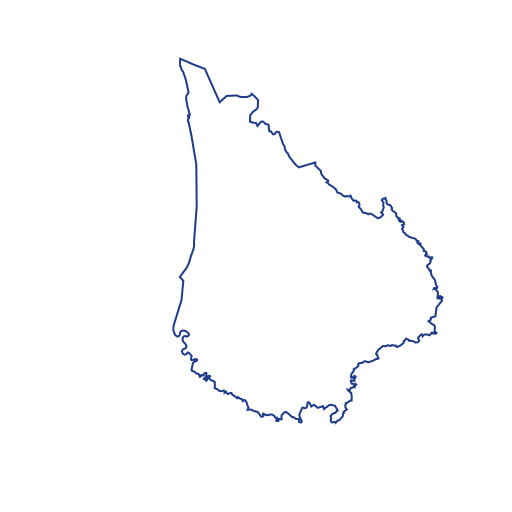 Dat Do, Bà Rịa - Vũng Tàu, Vietnam, rotated 131°
{"feature_id": "81297802B14105634475822", "entity_name": "Dat Do", "entity_type": "district", "adm_level": 2, "iso_a3": "VNM", "parent_name": "Vietnam", "parent_adm1": "Bà Rịa - Vũng Tàu", "projection": "orthographic", "projection_center": [107.299, 10.478], "detail": "fine", "context": "isolated", "style": "outline", "palette": "blue", "viewbox_px": 512, "rotation_deg": 131, "n_neighbors": 0, "source": "geoboundaries", "source_scale": "gbopen_adm2", "svg_char_len": 6044}
<svg xmlns="http://www.w3.org/2000/svg" viewBox="0 0 512 512"><g transform="rotate(131 256 256)"><path d="M127.4,196.4L130.1,198.0L131.5,197.5L131.8,195.0L134.7,192.9L135.3,191.6L138.7,190.1L140.2,189.8L141.0,190.1L141.2,187.4L141.6,187.2L145.1,187.4L147.6,188.7L148.4,195.4L149.1,197.7L149.6,198.2L150.9,198.6L151.4,201.2L152.8,202.8L152.9,204.9L151.8,207.5L151.6,210.7L149.8,211.2L148.3,212.9L148.4,214.7L149.3,215.1L148.6,216.3L148.7,217.3L150.1,218.2L150.3,218.7L149.4,222.7L148.4,224.2L150.2,225.0L151.6,227.3L152.5,227.5L153.3,229.6L153.3,233.1L154.7,236.2L153.3,239.4L153.3,242.9L154.1,247.9L153.6,249.9L154.1,250.9L152.0,250.7L151.7,251.1L152.4,255.7L151.8,257.1L151.5,259.8L150.6,261.4L149.3,262.8L148.8,270.6L146.5,272.6L160.9,281.7L161.2,285.3L159.4,295.5L157.6,299.5L157.6,301.2L156.9,303.4L154.5,306.4L153.6,309.4L147.4,319.8L148.4,321.6L149.4,322.2L151.9,321.9L153.0,322.9L152.1,326.6L153.1,327.5L152.2,329.1L149.5,331.6L148.7,332.9L150.1,335.4L149.9,338.5L150.5,339.7L151.4,340.3L156.9,340.2L155.6,343.2L157.8,346.5L158.5,348.7L153.6,352.7L149.3,352.9L144.9,351.9L142.7,352.1L137.0,356.7L136.4,361.9L136.4,365.7L138.4,365.3L142.2,367.3L146.1,372.0L147.6,376.0L154.4,383.1L163.8,384.3L148.3,417.4L152.4,428.5L156.9,442.7L162.5,437.8L162.8,436.2L164.3,434.4L164.7,432.0L169.0,424.6L176.7,414.3L180.9,413.5L182.5,412.6L188.1,405.9L192.7,398.7L193.9,398.2L193.9,399.4L194.6,399.6L195.3,399.0L195.8,397.0L196.7,397.3L199.0,395.8L199.1,394.8L207.6,383.6L226.1,361.1L257.7,333.1L285.8,312.2L289.1,309.2L292.5,307.4L298.7,305.1L305.0,302.1L309.9,300.7L321.8,299.7L322.4,294.6L338.0,283.4L362.8,272.4L366.2,269.8L368.6,265.5L368.5,262.8L368.0,262.0L366.1,261.6L362.8,263.4L360.9,262.9L359.4,261.2L358.7,259.3L358.7,255.8L359.5,254.8L360.8,254.7L361.9,255.1L363.2,257.3L363.9,257.7L365.6,257.8L367.6,256.2L368.3,254.8L368.9,250.5L369.8,249.1L371.9,248.6L374.7,250.0L376.7,249.3L377.7,247.1L377.4,245.4L376.3,244.3L373.5,244.2L373.1,243.2L373.6,239.1L376.6,237.3L376.9,236.5L376.0,235.4L373.6,234.2L372.8,232.6L373.8,231.9L376.6,233.3L378.3,233.3L384.3,229.9L384.6,229.3L383.8,226.7L383.7,224.0L382.6,221.7L384.0,219.1L383.2,218.7L381.7,219.2L381.3,218.9L381.0,217.6L380.6,217.4L378.1,217.9L377.1,217.4L377.1,216.2L378.6,215.4L380.8,214.5L382.3,214.9L383.0,214.7L382.4,213.5L382.9,211.8L381.8,211.6L379.9,213.2L378.6,213.4L377.4,213.0L376.7,212.0L377.0,211.5L378.8,212.2L379.5,211.8L379.1,208.4L378.0,204.7L381.2,201.7L382.7,200.8L382.8,200.2L381.9,198.1L382.0,195.8L381.6,194.8L380.7,193.3L378.6,192.1L378.8,190.7L379.8,190.0L378.1,189.6L378.7,188.4L378.5,186.5L376.7,185.9L375.5,184.5L376.3,182.8L375.8,180.8L375.7,176.9L375.2,176.5L374.4,176.9L374.2,174.7L373.3,172.7L374.2,170.8L372.3,170.5L372.1,170.1L372.4,167.5L374.8,163.8L375.1,162.5L377.6,161.4L375.2,159.2L374.3,155.8L372.6,152.5L373.8,146.7L373.5,146.1L372.3,145.4L371.2,145.7L371.0,147.0L370.2,147.2L369.4,144.0L368.2,142.4L366.3,141.4L365.1,139.7L364.7,137.2L365.4,135.7L364.4,134.2L365.5,133.2L367.1,132.6L366.0,130.9L365.1,131.3L365.0,132.6L364.4,132.8L362.7,129.7L362.2,129.6L360.3,131.7L359.3,132.1L355.1,132.0L354.0,131.0L353.7,127.8L353.9,123.0L352.9,121.8L352.9,119.3L351.3,117.3L351.4,116.2L353.0,114.6L352.3,112.9L351.7,112.7L350.5,113.1L349.6,115.8L348.0,118.6L346.4,119.6L340.1,121.5L339.5,121.1L339.2,119.8L338.1,118.7L336.2,118.6L333.3,120.7L332.5,120.8L331.8,120.4L331.8,119.2L333.3,115.5L330.4,114.7L330.0,112.7L330.3,110.9L330.0,109.7L325.3,106.8L327.0,104.3L320.5,102.9L318.8,101.4L317.2,98.0L319.1,92.9L320.8,93.4L322.1,93.1L324.8,94.7L328.0,94.8L328.7,93.2L331.3,91.6L331.9,89.8L331.4,89.0L329.9,88.2L329.5,87.6L329.8,86.4L326.6,86.5L325.3,85.4L319.8,85.4L318.2,86.8L316.9,86.7L316.5,87.6L312.3,86.8L311.7,89.2L310.9,89.6L310.1,90.8L309.0,90.8L308.0,91.8L306.3,90.6L303.4,90.1L302.4,89.0L299.5,91.3L296.8,94.4L297.1,97.6L296.7,99.0L295.7,97.2L293.4,97.9L292.1,96.8L290.6,96.6L290.3,95.5L289.3,96.2L288.9,96.0L288.3,96.4L287.3,96.0L287.2,97.1L288.8,97.7L288.8,99.1L289.6,100.1L287.9,102.8L287.6,102.8L285.7,99.9L284.7,101.2L283.7,101.0L283.4,101.9L282.4,101.6L282.8,102.4L281.9,102.6L282.4,103.2L284.8,103.6L285.3,104.5L284.7,105.3L282.3,106.6L278.7,106.8L277.5,107.9L272.6,106.6L271.4,106.8L270.9,107.8L269.5,108.0L267.1,105.8L264.0,104.9L262.4,101.4L258.3,99.0L254.8,97.7L253.7,96.5L252.7,96.5L252.0,98.5L251.1,99.3L251.3,100.8L250.2,101.6L246.4,102.1L240.8,101.2L238.8,98.6L236.9,98.1L235.7,95.5L233.9,94.9L233.2,93.2L231.9,91.7L232.4,90.2L232.1,89.9L229.0,88.3L227.1,87.9L224.6,87.7L223.2,88.7L222.3,88.3L219.8,88.5L219.1,85.9L219.6,84.9L218.4,83.7L216.9,80.7L216.8,79.1L215.5,77.7L214.3,77.2L212.7,77.3L212.0,79.3L211.2,80.1L207.0,79.9L206.5,79.7L206.4,78.9L207.2,77.6L205.8,77.8L204.8,77.3L202.9,75.3L201.9,72.9L198.4,73.1L198.0,72.6L198.3,71.7L197.4,71.5L197.5,70.6L196.9,69.4L195.7,69.3L195.7,71.4L194.1,73.1L192.6,74.0L191.6,75.4L191.3,76.7L191.8,77.7L192.0,83.0L189.5,82.3L187.8,83.6L183.9,81.0L176.4,86.0L167.9,86.3L167.2,87.2L165.1,87.9L164.8,88.4L165.2,89.0L166.7,88.7L166.8,89.1L165.3,90.4L165.4,90.9L166.4,91.1L167.7,89.5L168.8,91.3L168.0,92.1L166.8,92.5L166.3,93.3L165.4,93.6L163.9,95.2L163.1,99.2L164.4,100.2L163.3,100.5L161.5,98.4L161.0,98.4L160.6,98.8L159.6,101.2L156.7,105.4L155.6,110.4L154.1,112.8L152.2,114.5L153.1,115.2L153.1,115.7L152.2,116.8L152.4,117.9L151.7,120.3L150.4,120.6L147.6,119.9L145.2,120.8L145.0,121.6L142.0,121.6L141.4,122.0L141.7,122.6L143.5,123.7L143.0,125.3L143.8,125.8L144.7,128.5L143.4,129.0L143.2,128.2L142.8,128.1L141.3,130.1L141.3,131.3L142.2,132.7L140.8,133.7L140.1,138.9L138.6,140.2L138.8,140.7L140.0,140.7L140.3,141.5L140.1,143.0L138.4,143.2L139.1,144.8L138.3,146.7L141.2,153.1L141.1,154.7L141.7,156.3L141.1,157.9L141.3,160.3L140.2,162.0L139.8,163.6L137.2,163.8L136.9,166.0L134.7,165.1L133.7,166.6L133.7,168.0L134.8,168.7L134.1,170.2L135.5,170.0L135.7,170.5L135.3,171.3L133.4,172.6L134.5,173.6L133.8,174.6L133.9,176.3L131.8,178.3L132.2,182.8L131.8,184.3L130.6,184.7L129.5,188.1L130.6,189.9L130.7,190.9L130.0,192.5L128.4,194.1L128.2,195.9L127.4,196.4Z" fill="none" stroke="#1e3a8a" stroke-width="2"/></g></svg>